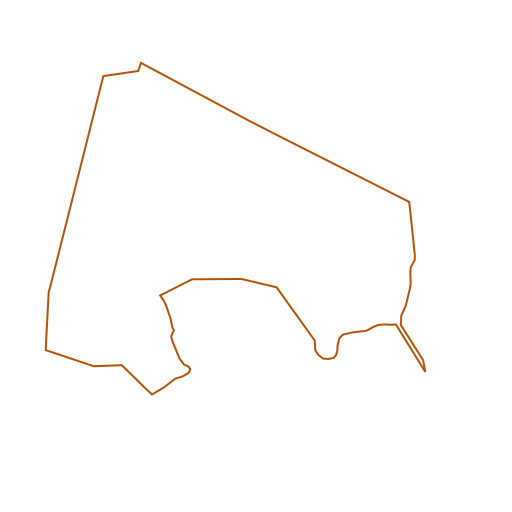 the district of Campo Alegre do Fidalgo, Piauí, Brazil, rotated 104°
{"feature_id": "56859067B37876647351724", "entity_name": "Campo Alegre do Fidalgo", "entity_type": "district", "adm_level": 2, "iso_a3": "BRA", "parent_name": "Brazil", "parent_adm1": "Piauí", "projection": "natural_earth1", "projection_center": [-41.776, -8.244], "detail": "fine", "context": "isolated", "style": "outline", "palette": "amber", "viewbox_px": 512, "rotation_deg": 104, "n_neighbors": 0, "source": "geoboundaries", "source_scale": "gbopen_adm2", "svg_char_len": 1082}
<svg xmlns="http://www.w3.org/2000/svg" viewBox="0 0 512 512"><g transform="rotate(104 256 256)"><path d="M217.1,102.0L176.4,116.7L166.5,120.4L162.8,136.6L134.6,260.5L132.1,271.2L126.6,295.0L101.6,394.0L96.5,414.3L105.0,415.0L118.3,447.6L128.6,447.7L132.4,447.7L135.6,447.7L218.1,447.9L332.7,448.2L341.3,448.4L398.2,437.3L402.2,386.7L394.4,359.8L411.8,330.2L415.5,323.4L405.9,313.6L394.5,304.7L390.5,297.9L385.1,292.7L381.4,292.5L379.4,295.3L378.8,299.5L374.1,305.3L363.4,313.2L358.8,316.5L354.8,318.8L351.3,318.4L348.1,317.6L345.3,320.0L337.7,323.6L333.4,326.4L327.6,330.0L324.7,332.2L321.0,335.4L317.5,339.5L294.1,312.4L281.8,264.5L281.4,228.4L298.1,208.8L323.9,178.5L333.2,175.6L337.0,171.4L339.3,166.1L338.5,161.1L336.0,155.9L332.6,154.3L328.2,154.2L322.2,155.3L315.4,155.1L311.3,152.7L306.8,143.9L302.1,131.4L299.3,127.9L296.4,125.0L293.6,121.1L291.5,115.5L290.2,108.9L288.6,103.7L327.6,63.6L316.7,68.6L287.9,98.8L278.6,100.6L268.5,98.7L262.3,98.7L249.7,98.8L245.2,99.3L234.9,102.2L229.6,103.2L221.4,101.0L217.1,102.0Z" fill="none" stroke="#b45309" stroke-width="2"/></g></svg>